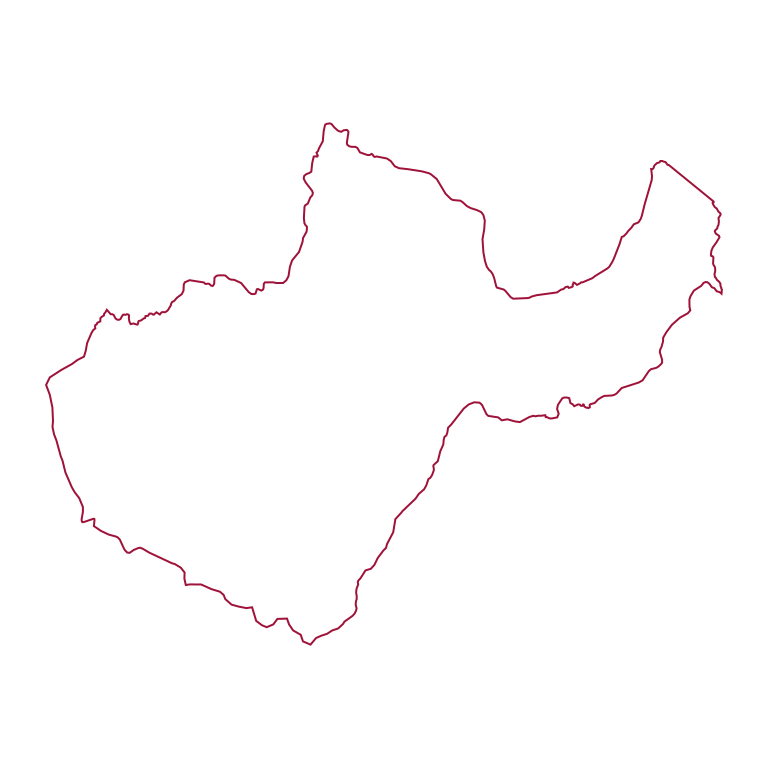 Ta Oi, Saravan, Laos (Natural Earth projection)
{"feature_id": "54806243B63439547813391", "entity_name": "Ta Oi", "entity_type": "district", "adm_level": 2, "iso_a3": "LAO", "parent_name": "Laos", "parent_adm1": "Saravan", "projection": "natural_earth1", "projection_center": [106.796, 16.077], "detail": "fine", "context": "isolated", "style": "outline", "palette": "rose", "viewbox_px": 768, "rotation_deg": 0, "n_neighbors": 0, "source": "geoboundaries", "source_scale": "gbopen_adm2", "svg_char_len": 6090}
<svg xmlns="http://www.w3.org/2000/svg" viewBox="0 0 768 768"><path d="M721.5,293.7L721.9,289.5L721.3,288.7L721.4,288.1L720.4,285.7L720.5,284.0L719.3,281.9L716.9,279.8L715.6,277.5L714.9,277.0L714.5,273.9L715.2,271.2L715.2,268.9L714.8,266.8L713.4,264.7L713.1,263.4L713.4,257.4L712.7,256.3L711.2,255.9L710.9,254.9L711.4,250.8L712.8,247.4L716.4,242.4L719.5,237.3L719.0,235.8L715.8,233.6L714.8,231.5L715.1,230.5L717.2,228.4L717.6,226.6L718.5,224.8L718.9,221.5L718.5,218.0L720.6,214.8L720.5,213.5L718.2,211.3L716.8,208.6L714.7,207.0L712.9,204.0L712.6,202.8L712.8,202.4L713.6,202.3L713.6,201.5L668.8,165.0L667.5,164.8L665.6,162.1L663.0,161.4L662.4,161.0L660.4,161.0L659.5,162.4L657.0,163.1L654.9,165.0L653.9,166.4L653.8,167.6L652.6,169.1L651.2,169.0L652.0,176.1L651.7,180.1L644.6,204.5L641.9,215.6L640.7,219.0L638.4,222.4L633.8,224.3L631.3,227.8L628.1,231.1L626.4,233.5L623.6,236.3L621.8,236.9L619.5,244.2L614.0,258.3L612.4,261.7L609.3,266.8L607.3,268.5L595.0,276.1L592.3,278.2L582.4,282.4L581.2,282.3L580.1,283.3L577.0,284.9L574.5,282.8L573.5,282.6L573.2,284.0L572.7,284.6L572.7,286.4L571.7,287.1L568.8,287.9L567.8,286.6L565.6,287.1L563.3,289.1L561.1,289.6L557.1,292.4L536.6,295.2L531.5,296.6L529.6,297.7L527.1,298.1L513.2,298.7L510.6,297.1L505.4,290.9L503.7,289.5L496.9,287.6L496.2,286.2L494.2,278.2L492.8,274.4L490.9,271.5L489.0,269.9L486.8,266.7L485.0,261.0L483.4,252.4L482.5,239.1L484.2,229.6L484.8,220.5L483.4,215.1L481.3,212.2L477.0,210.1L470.7,208.1L466.9,206.1L462.8,202.3L460.4,200.7L452.9,200.0L450.9,199.0L445.6,193.8L436.8,179.1L430.7,174.1L428.8,173.2L421.7,171.3L408.1,169.2L399.0,168.2L394.8,166.3L390.8,161.1L386.9,158.5L376.7,156.5L375.0,156.9L373.8,156.5L372.8,154.8L371.7,153.9L369.9,154.9L368.4,155.1L366.8,154.8L360.0,152.4L357.3,147.9L355.5,146.9L351.5,146.8L349.3,146.3L347.3,144.8L346.8,143.0L348.5,132.0L347.8,130.8L346.9,129.9L343.6,130.3L341.2,131.8L339.3,131.3L337.7,130.5L334.3,127.4L331.5,124.0L330.0,123.4L327.0,123.8L325.3,124.5L324.9,125.5L323.7,131.1L322.8,141.3L319.0,148.3L318.0,151.1L316.5,152.7L317.8,155.7L317.2,156.6L315.2,156.3L313.7,156.6L312.2,163.2L311.3,171.7L309.2,173.0L306.2,174.2L304.2,175.9L303.7,178.6L305.7,182.5L312.1,190.8L312.9,193.0L312.3,195.2L310.3,197.5L307.8,203.6L305.2,205.3L304.5,206.7L303.9,218.1L304.4,223.1L305.4,225.0L306.9,226.6L306.9,229.3L306.5,231.8L303.1,237.9L302.5,242.0L299.0,252.0L292.1,260.4L289.9,266.9L288.5,276.2L286.3,280.3L283.1,283.0L276.2,283.0L273.1,282.3L264.8,282.4L263.8,283.9L263.6,287.8L263.1,289.5L261.3,290.6L258.0,289.0L256.9,289.3L255.5,293.6L254.0,294.1L251.4,294.0L248.8,292.2L241.1,283.0L234.4,279.9L230.5,279.5L228.9,278.7L225.4,275.6L223.6,275.3L218.1,275.4L216.4,275.9L214.5,277.8L214.2,283.6L213.4,285.2L212.6,286.0L211.1,285.6L209.4,284.0L208.0,283.6L205.9,284.0L204.7,283.4L204.0,282.5L189.6,280.2L184.8,282.3L183.8,284.5L183.5,290.7L181.8,294.1L177.0,297.7L173.9,301.2L172.3,301.8L171.2,303.5L170.8,305.4L168.1,309.9L166.9,311.1L165.1,312.2L162.1,312.1L161.2,312.7L159.8,314.5L156.4,312.3L153.9,314.6L153.2,314.7L151.6,313.6L149.5,313.6L148.0,315.8L145.5,316.1L145.1,318.0L143.6,318.5L141.3,320.3L138.6,321.1L138.3,321.7L138.1,323.4L137.5,324.6L137.0,324.6L133.4,323.5L130.6,324.1L129.4,321.6L128.9,318.7L129.0,315.2L128.2,314.5L126.9,314.2L125.7,314.8L123.3,314.6L122.3,315.7L120.4,319.1L119.0,319.8L117.4,319.7L115.6,318.6L113.7,315.0L112.3,314.2L110.7,314.2L106.8,309.8L105.4,312.4L104.2,313.7L103.9,315.5L101.6,316.9L100.4,318.2L100.3,321.4L97.3,322.8L96.6,324.5L95.5,324.9L95.0,326.1L95.3,328.4L93.2,330.1L91.4,333.2L87.1,343.1L85.8,350.5L84.0,356.6L77.4,360.0L72.0,364.0L61.2,370.0L49.8,377.4L46.1,384.9L49.8,394.8L52.4,407.5L53.0,421.1L52.5,426.9L54.0,434.2L56.4,440.4L60.8,456.4L62.5,460.6L65.4,472.4L71.8,487.2L74.6,492.1L79.2,498.1L82.9,507.0L82.9,511.9L81.6,519.3L81.8,521.1L82.4,522.2L84.3,521.9L93.3,518.8L94.3,518.9L94.5,520.0L93.9,526.1L101.1,531.0L108.8,534.6L115.8,536.5L117.9,537.5L119.9,539.7L124.1,548.9L125.1,550.4L127.3,552.6L129.8,552.8L133.6,550.0L138.2,548.1L140.2,547.7L143.0,548.9L149.4,552.7L171.8,563.2L174.7,564.0L180.7,567.6L184.6,572.5L184.4,578.7L185.8,585.0L190.0,584.4L201.2,584.5L211.4,589.1L219.9,591.7L223.6,594.9L225.3,599.1L231.5,604.6L238.7,606.6L246.4,608.1L252.1,607.3L256.2,620.9L261.9,625.2L266.7,627.2L273.3,624.4L277.4,618.9L287.0,618.6L289.1,624.5L293.1,630.4L300.7,634.8L303.0,641.4L310.5,644.6L316.1,638.0L321.3,635.7L327.1,633.8L332.3,630.4L338.1,628.5L343.1,623.9L344.4,621.7L352.6,615.8L354.6,613.6L356.0,610.8L356.6,608.3L355.7,604.8L355.9,601.6L356.7,599.0L356.7,596.3L356.1,592.2L356.6,588.5L358.2,584.4L357.8,582.2L358.3,580.6L360.4,578.4L365.5,570.4L370.8,568.8L374.4,564.9L377.8,557.9L383.3,550.6L386.1,547.8L386.9,544.3L393.2,532.3L395.4,519.1L401.2,512.8L402.5,511.1L415.5,498.7L418.8,493.9L424.1,489.3L426.3,485.4L428.4,479.1L430.3,477.8L432.1,475.0L433.8,470.3L433.8,468.5L433.3,465.9L433.7,464.9L437.8,461.2L440.3,451.2L443.3,444.5L443.7,439.9L444.5,436.8L446.3,435.5L447.3,432.6L448.1,427.7L451.5,424.2L463.7,408.6L468.8,404.4L474.2,402.3L479.6,402.7L482.0,404.9L486.5,414.2L488.3,415.9L498.2,417.4L501.8,420.3L507.3,419.3L514.9,421.4L519.9,422.1L529.4,417.0L533.2,415.8L535.4,416.3L538.5,415.7L540.7,415.8L545.3,415.2L545.7,417.1L546.7,417.0L549.2,418.3L551.5,418.5L557.2,417.4L558.7,413.7L557.1,409.0L557.9,404.9L562.2,398.4L564.2,397.5L566.6,397.5L569.2,398.1L570.5,403.2L572.6,404.2L574.2,406.2L578.1,404.4L579.8,404.6L580.8,405.8L582.0,405.9L583.1,404.4L583.7,404.6L584.0,405.1L583.8,405.8L584.6,406.7L586.5,407.8L587.2,407.6L588.4,408.1L589.8,407.3L589.7,404.9L590.4,404.2L594.7,403.0L598.0,399.5L601.4,397.3L604.3,395.9L611.9,395.5L614.2,394.9L616.5,393.6L621.7,388.0L638.8,382.5L642.6,380.3L648.8,371.1L651.0,369.2L656.1,367.9L658.5,366.5L661.0,364.2L662.1,362.7L662.1,359.8L659.8,352.1L660.2,349.6L661.4,347.2L663.0,341.6L663.2,337.6L666.3,332.3L671.9,324.8L680.0,317.6L687.8,313.3L690.3,310.3L689.5,306.8L689.4,299.5L690.5,296.2L693.9,290.6L701.2,285.9L703.6,282.9L705.7,282.0L707.3,282.2L709.4,283.8L711.8,287.2L714.4,288.2L716.6,291.2L719.8,292.2L721.5,293.7Z" fill="none" stroke="#9f1239" stroke-width="2"/></svg>